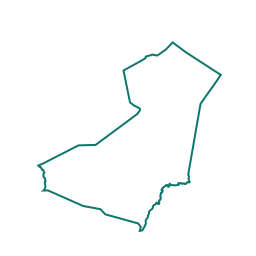 San Pedro Zacapa, Santa Bárbara, Honduras (Natural Earth projection), rotated 197°
{"feature_id": "27666195B51644661429984", "entity_name": "San Pedro Zacapa", "entity_type": "district", "adm_level": 2, "iso_a3": "HND", "parent_name": "Honduras", "parent_adm1": "Santa Bárbara", "projection": "natural_earth1", "projection_center": [-88.13, 14.733], "detail": "fine", "context": "isolated", "style": "outline", "palette": "teal", "viewbox_px": 256, "rotation_deg": 197, "n_neighbors": 0, "source": "geoboundaries", "source_scale": "gbopen_adm2", "svg_char_len": 4599}
<svg xmlns="http://www.w3.org/2000/svg" viewBox="0 0 256 256"><g transform="rotate(197 128 128)"><path d="M190.5,43.5L186.3,44.9L148.1,40.3L130.6,42.3L124.4,38.8L90.3,39.7L86.8,37.0L86.7,33.1L86.3,33.3L85.8,33.5L85.6,33.6L85.3,33.6L85.1,33.7L85.0,33.8L84.7,34.1L84.4,34.5L84.1,35.0L84.0,35.4L84.0,35.7L84.0,35.8L83.8,36.5L83.6,37.7L83.4,38.4L83.3,38.8L83.2,39.8L83.2,40.2L83.0,40.7L83.0,41.0L83.0,41.4L83.1,41.9L83.1,42.3L83.2,42.6L83.3,42.8L83.6,43.3L83.7,43.5L83.9,43.9L83.9,44.0L83.9,44.6L83.9,45.4L83.9,45.7L83.8,46.0L83.7,46.2L83.6,46.5L83.3,47.0L83.1,47.6L83.1,47.8L83.0,48.3L83.0,48.9L83.0,49.2L83.0,49.4L83.1,49.8L83.3,50.1L83.3,50.3L83.2,50.8L83.1,51.2L82.9,51.7L82.9,51.8L82.9,52.1L82.9,52.3L82.9,52.5L83.0,52.8L83.1,53.0L83.3,53.5L83.3,53.9L83.3,54.1L83.2,54.5L83.2,54.8L83.0,55.2L82.9,55.4L82.7,55.8L82.0,56.7L81.8,56.9L81.6,57.1L81.4,57.4L81.3,57.8L81.2,58.2L81.1,58.6L81.0,58.9L81.1,59.2L81.1,59.7L81.2,60.2L81.2,60.6L81.2,60.8L81.1,61.0L80.9,61.3L80.5,61.9L80.2,62.1L80.0,62.4L79.7,62.8L79.6,63.0L79.4,63.4L79.3,63.7L79.2,64.0L79.1,64.3L79.1,64.5L78.9,64.8L78.8,65.0L78.7,65.0L78.5,64.9L78.4,64.8L78.2,64.6L77.7,64.3L77.3,64.1L77.2,64.1L76.8,64.2L76.6,64.3L76.4,64.4L76.3,64.5L76.2,64.7L76.1,64.8L76.1,65.0L76.1,65.3L76.2,65.5L76.3,65.7L76.6,65.8L76.8,66.1L76.9,66.4L77.0,66.6L77.0,66.9L77.0,67.1L77.0,67.3L77.0,67.7L76.9,67.9L76.8,68.0L76.6,68.2L76.4,68.3L76.4,68.5L76.5,68.7L76.5,68.8L76.4,68.9L76.3,69.0L76.2,69.1L76.1,69.3L76.1,69.5L76.0,69.8L76.0,70.0L76.1,70.3L76.1,70.5L76.3,70.8L76.6,71.2L76.7,71.3L76.8,71.4L76.9,71.5L76.8,71.8L76.8,72.2L76.9,72.4L77.0,72.6L77.1,72.9L77.3,73.0L77.4,73.3L77.4,73.5L77.4,74.2L77.3,74.9L77.3,75.1L77.4,75.5L77.4,75.8L77.1,76.0L76.8,76.2L76.7,76.2L76.6,76.3L76.5,76.7L76.5,78.1L76.5,78.3L76.6,78.6L76.8,78.7L77.3,78.1L77.5,78.1L77.7,78.3L77.8,78.4L77.8,78.6L77.8,78.8L77.8,79.1L77.7,79.5L77.5,80.1L77.3,80.6L76.9,81.4L76.6,81.9L76.3,82.3L76.2,82.4L75.9,82.7L75.8,82.9L75.4,83.5L75.2,84.0L75.0,84.3L74.9,84.4L74.7,84.6L74.3,84.9L74.2,84.9L73.8,84.8L73.6,84.7L73.4,84.5L73.3,84.4L73.2,84.2L73.0,83.8L72.9,83.7L72.7,83.7L72.3,83.6L72.2,83.6L71.9,83.8L71.8,84.1L71.7,84.3L71.7,84.5L71.9,85.2L72.0,85.5L72.0,85.9L72.0,86.3L72.0,86.5L71.9,86.7L71.8,86.8L71.7,86.9L71.4,86.8L71.4,86.7L71.0,86.4L70.8,86.2L70.3,86.0L70.2,86.0L69.8,86.0L69.7,86.0L68.8,86.4L67.9,86.7L67.7,86.7L67.3,86.7L67.0,86.7L66.4,86.8L65.9,87.0L64.7,87.6L63.3,88.2L63.1,88.3L62.9,88.5L63.0,88.8L63.3,88.9L63.4,89.0L63.6,89.2L63.6,89.3L63.7,89.5L63.5,89.9L63.5,90.0L63.4,90.0L62.9,89.8L62.7,90.0L62.3,90.3L62.1,90.5L61.8,90.7L61.6,90.7L61.5,90.8L61.3,90.8L61.1,90.7L60.9,90.5L60.8,90.4L60.7,90.4L60.3,90.4L60.1,90.4L59.9,90.4L59.7,90.5L59.2,91.0L58.7,91.3L58.3,91.4L58.2,91.4L57.7,91.2L57.3,91.1L57.1,91.1L56.8,91.2L56.5,91.4L56.3,91.5L56.2,91.7L56.1,91.9L55.9,92.6L55.6,93.2L55.5,93.5L55.4,93.6L55.2,93.7L54.7,93.7L54.2,93.6L53.9,93.7L53.7,93.8L53.3,94.1L53.2,94.4L53.5,94.7L54.3,95.8L54.6,96.2L54.9,96.5L55.1,96.8L55.2,97.2L55.3,97.7L55.4,98.1L55.4,98.5L55.5,98.9L55.5,99.2L55.8,99.8L56.2,100.5L56.5,100.8L56.8,101.0L65.7,172.3L64.2,177.0L57.7,196.5L54.8,205.9L94.0,217.1L95.5,217.6L110.3,222.9L114.7,214.2L120.7,206.4L121.0,206.0L121.4,205.9L121.6,205.8L122.0,205.7L122.4,205.7L122.8,205.6L123.8,205.7L124.1,205.5L124.4,205.3L124.6,205.3L124.9,205.4L125.7,205.5L126.0,205.4L126.6,205.1L126.7,204.9L127.1,204.4L127.5,204.2L128.1,203.9L128.5,203.6L129.1,203.3L131.9,201.5L131.7,200.9L131.7,200.3L131.7,200.0L131.9,199.7L134.9,196.3L149.1,181.7L133.6,153.1L133.1,152.8L132.4,152.6L131.1,152.2L130.7,152.0L130.1,151.8L129.4,151.5L128.9,151.3L128.3,151.1L128.0,151.0L127.6,151.0L127.3,151.0L126.9,151.0L126.6,151.0L126.1,150.8L125.9,150.8L124.1,150.4L123.4,150.3L123.1,150.2L122.7,150.1L122.2,149.8L122.0,149.6L121.9,149.5L121.9,149.3L121.8,149.1L121.8,148.8L121.8,148.5L121.8,148.2L122.5,146.2L122.7,145.7L122.9,145.3L123.0,144.9L123.0,144.4L154.1,102.3L170.3,96.9L199.7,68.4L202.8,65.9L202.0,65.3L201.8,65.3L201.5,65.2L201.2,65.1L200.5,65.1L200.0,65.0L199.7,64.6L198.7,63.9L198.4,63.6L198.2,63.3L198.0,63.1L197.7,62.9L197.5,63.0L197.0,63.0L196.7,63.0L196.4,62.8L196.2,62.5L196.1,62.1L195.9,61.7L195.6,61.3L195.3,61.2L195.1,61.1L194.9,60.7L195.3,59.8L195.3,59.2L195.3,58.7L195.2,58.2L194.8,57.6L194.7,57.1L194.5,56.6L194.3,56.5L194.0,56.4L193.5,56.2L193.1,55.9L193.0,55.6L192.7,55.5L192.4,55.2L192.1,54.4L192.0,54.1L191.9,53.6L191.9,53.2L191.8,52.8L191.5,52.8L191.4,52.9L191.3,52.6L191.3,52.2L191.5,51.3L191.5,51.0L191.3,50.3L190.9,49.8L190.5,49.3L190.1,48.5L189.8,47.4L189.8,46.4L189.8,45.7L189.9,44.8L190.1,44.1L190.5,43.5Z" fill="none" stroke="#0f766e" stroke-width="2"/></g></svg>